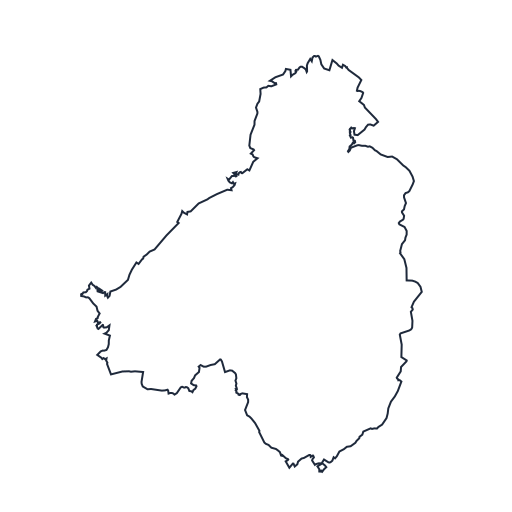 outline of Ghindari, Mures, Romania, rotated 277°
{"feature_id": "2599482B27898691544172", "entity_name": "Ghindari", "entity_type": "district", "adm_level": 2, "iso_a3": "ROU", "parent_name": "Romania", "parent_adm1": "Mures", "projection": "natural_earth1", "projection_center": [24.947, 46.49], "detail": "fine", "context": "isolated", "style": "outline", "palette": "slate", "viewbox_px": 512, "rotation_deg": 277, "n_neighbors": 0, "source": "geoboundaries", "source_scale": "gbopen_adm2", "svg_char_len": 6072}
<svg xmlns="http://www.w3.org/2000/svg" viewBox="0 0 512 512"><g transform="rotate(277 256 256)"><path d="M262.5,406.8L270.9,403.6L276.3,398.6L277.1,399.0L278.6,398.5L285.6,399.4L289.8,402.0L292.5,402.1L295.6,402.9L299.2,402.5L302.9,399.9L304.9,394.4L306.1,393.7L307.7,394.6L309.9,397.4L310.9,398.0L314.0,398.1L317.0,395.6L318.1,395.4L320.3,397.2L323.7,397.5L326.8,398.4L332.2,395.8L334.3,395.5L336.7,396.8L337.7,399.0L339.1,400.3L346.2,402.8L349.6,403.6L353.9,401.7L359.3,397.9L362.4,393.8L363.8,391.1L369.2,384.1L371.3,379.0L370.3,374.6L372.0,367.4L374.9,362.8L375.4,361.2L377.6,358.4L378.7,355.5L378.1,353.8L378.7,351.2L378.3,347.5L378.6,344.5L378.2,343.0L375.0,337.0L372.1,336.2L370.6,335.0L371.2,334.5L373.5,335.6L376.1,335.6L378.2,337.5L380.4,338.4L380.6,338.8L379.8,339.6L381.0,340.6L382.4,340.1L382.6,338.6L385.2,337.9L385.6,337.1L385.0,335.8L387.1,334.5L387.5,335.1L389.7,334.1L390.6,334.7L391.3,333.9L392.1,334.0L392.8,333.5L393.7,333.8L393.8,334.4L394.8,334.7L395.1,334.9L394.4,336.3L395.0,337.6L394.9,338.6L391.8,338.0L388.4,339.0L388.4,342.2L394.7,348.3L397.3,349.4L400.0,351.2L400.5,353.4L399.7,356.9L404.0,360.8L406.5,358.4L416.6,346.0L419.1,344.7L422.2,339.6L425.7,341.4L430.9,342.5L431.6,341.9L432.4,339.5L432.5,338.1L432.1,336.5L432.3,336.0L435.5,336.3L443.5,339.1L445.8,336.3L451.9,325.3L453.6,323.5L454.4,323.2L454.1,322.6L455.4,321.4L456.4,319.0L453.3,318.4L455.0,314.8L456.9,312.7L459.8,308.0L449.3,306.2L450.4,300.8L454.2,297.5L458.5,296.0L461.8,294.0L462.2,293.1L461.2,291.1L461.7,290.2L461.6,289.3L459.9,287.9L456.1,287.6L458.2,285.8L453.7,283.8L451.3,283.3L445.5,284.2L444.8,283.9L447.0,282.8L448.1,281.5L449.5,278.6L449.3,277.2L448.4,276.2L446.0,274.9L445.6,273.0L444.5,272.6L443.9,273.5L442.3,272.8L440.3,270.2L438.6,268.9L445.0,267.5L445.3,262.9L443.1,262.6L439.4,260.7L435.8,253.5L431.6,248.5L431.4,250.4L429.9,253.4L430.0,254.8L428.8,255.2L426.3,250.5L426.4,247.5L424.6,245.8L424.1,243.1L422.2,239.9L417.4,240.8L409.7,240.3L407.4,238.9L403.3,237.9L399.1,239.9L397.5,240.0L389.8,238.1L386.1,238.5L375.7,235.8L364.8,235.9L362.4,237.2L361.5,240.6L360.8,241.2L357.0,238.4L356.3,240.3L354.5,241.3L353.9,242.1L353.2,245.6L349.2,241.8L340.1,239.0L341.0,236.8L336.5,232.3L336.5,231.6L337.6,230.7L337.3,229.9L336.0,228.7L334.6,228.6L334.9,225.6L336.9,226.3L335.7,223.3L334.1,225.2L333.7,226.5L332.8,226.8L332.5,226.2L333.0,225.3L332.4,222.3L328.5,219.9L329.2,218.4L327.4,219.4L325.9,221.0L325.2,223.3L326.5,224.1L324.9,225.3L325.5,226.4L323.8,226.1L321.5,224.5L320.3,222.9L318.3,223.7L318.3,219.4L312.7,209.7L308.0,202.7L306.3,200.9L301.2,192.7L292.3,185.7L291.4,182.6L288.9,182.5L290.2,179.1L291.6,177.3L288.8,176.9L280.2,173.7L279.3,175.2L265.6,164.7L250.1,154.5L247.4,149.9L244.1,147.3L241.6,144.5L239.7,144.3L238.8,143.3L233.8,140.4L235.0,138.1L227.4,134.5L222.0,132.7L216.7,131.8L208.8,125.3L205.6,121.2L203.0,115.8L198.6,115.5L196.6,114.1L198.4,113.0L200.0,113.0L198.3,111.2L201.7,110.7L201.7,109.9L200.5,108.7L201.6,103.1L202.9,102.8L202.3,105.5L202.9,105.8L202.5,107.4L202.8,107.6L204.7,103.9L204.7,103.2L205.9,101.7L204.8,101.0L206.6,99.3L207.5,97.4L209.5,95.7L206.3,93.8L203.3,94.7L202.0,92.8L200.7,92.6L199.3,91.5L198.8,89.1L197.1,88.3L197.1,87.4L196.7,87.1L195.0,87.4L194.9,90.2L194.2,92.4L194.5,94.2L193.8,95.7L189.1,100.2L186.3,103.9L182.3,105.4L179.9,107.8L176.2,106.4L175.2,106.5L174.1,104.9L171.4,104.2L172.4,106.3L170.3,107.4L171.3,109.3L171.0,109.6L169.8,108.7L168.5,106.5L167.3,106.7L167.2,106.3L164.7,107.7L164.4,108.5L168.9,112.2L168.8,112.6L166.7,113.2L166.4,113.8L167.0,116.5L169.3,119.0L164.4,118.9L161.6,116.9L160.5,115.2L159.2,120.7L154.2,120.2L150.6,120.6L147.4,120.2L144.5,119.0L143.5,116.7L143.5,115.5L142.4,113.5L138.5,110.5L136.1,115.0L135.0,116.0L136.1,117.2L135.2,118.8L136.1,120.1L134.0,120.0L132.0,121.5L130.7,121.3L120.8,126.5L125.1,137.5L126.1,144.0L125.9,146.0L126.8,149.9L127.1,158.1L117.1,157.7L115.2,158.1L112.7,159.5L110.5,164.6L111.2,168.0L110.9,178.9L111.5,182.0L112.5,184.5L111.7,185.2L108.8,186.0L109.6,187.6L109.8,189.2L109.4,190.8L108.5,192.0L110.2,194.1L116.4,197.3L117.2,198.6L116.6,200.7L116.7,201.4L117.4,202.3L117.3,203.5L116.5,204.9L113.9,206.3L113.8,208.4L113.1,209.5L115.4,210.3L116.9,211.9L119.4,212.8L120.2,212.4L120.2,209.9L121.6,207.1L124.3,207.3L127.2,209.3L130.1,210.1L133.9,213.5L138.1,213.6L139.2,212.6L141.0,214.3L139.8,217.5L140.1,220.0L142.3,224.3L143.6,228.3L149.0,233.0L148.9,233.7L147.1,235.1L137.0,239.4L139.3,244.0L139.3,246.3L137.2,249.6L136.0,250.5L132.3,251.4L129.8,250.8L127.0,252.1L124.8,251.8L122.4,253.0L121.7,252.2L121.1,253.1L120.1,252.3L119.3,253.1L118.0,253.1L117.1,255.3L116.2,255.6L116.0,256.6L116.3,257.2L117.1,257.4L118.0,259.2L117.8,264.0L114.8,264.2L112.5,265.7L110.0,266.0L101.8,263.9L96.8,266.6L95.8,269.1L94.2,271.2L90.0,275.5L82.9,280.7L81.6,280.6L71.9,287.0L70.8,288.6L70.0,291.5L67.6,294.6L66.9,299.3L65.8,301.3L64.3,303.6L61.0,305.2L60.9,305.9L61.9,305.8L61.8,306.2L58.9,310.3L58.3,312.5L57.9,312.8L57.1,312.3L55.8,310.5L49.9,314.9L54.5,317.9L54.5,318.5L51.8,320.1L54.3,322.4L57.0,322.8L60.5,325.9L61.4,328.2L65.0,333.1L65.1,333.9L64.8,334.4L63.3,334.8L64.9,336.8L64.2,337.5L63.1,338.0L61.2,336.8L59.9,336.6L55.9,339.9L56.6,340.5L57.8,343.3L58.1,345.7L57.3,345.9L54.7,342.6L52.1,344.8L49.8,345.1L49.9,346.4L51.7,347.2L50.1,347.3L49.8,347.9L52.6,349.5L55.0,351.5L56.5,350.0L58.6,346.6L62.3,348.3L60.0,353.1L60.0,354.4L60.7,355.4L62.1,356.7L65.7,357.6L64.8,359.1L67.0,360.6L72.1,362.6L75.0,366.8L77.7,369.4L78.7,373.1L82.7,377.4L84.7,378.3L87.7,380.7L89.2,380.8L91.6,383.3L94.8,383.9L98.9,390.8L98.5,392.2L99.3,394.4L99.5,397.1L101.2,398.3L104.0,401.7L111.0,405.3L115.6,405.9L120.9,405.9L127.9,407.7L133.5,410.9L139.2,413.2L149.1,415.6L150.3,413.7L150.0,412.4L150.9,412.2L151.7,410.9L152.4,410.5L159.1,413.7L163.5,413.5L169.8,418.2L170.7,418.3L173.4,412.6L185.8,411.4L195.5,408.3L196.8,408.9L200.7,417.1L201.9,418.7L203.0,419.4L204.2,419.7L210.7,419.2L219.5,416.5L221.9,418.1L223.2,417.7L224.1,416.6L229.9,418.3L240.6,424.9L245.5,423.0L248.9,419.8L250.0,417.1L250.6,414.0L250.1,408.5L262.5,406.8Z" fill="none" stroke="#1e293b" stroke-width="2"/></g></svg>